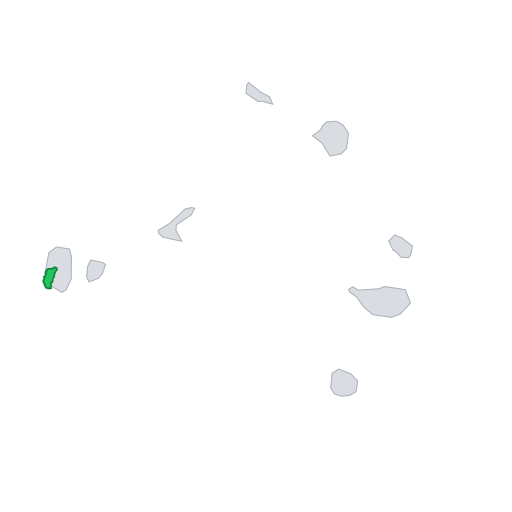 location of Santo Andre, Porto Novo, Cabo Verde, rotated 309°
{"feature_id": "66160863B70751634637165", "entity_name": "Santo Andre", "entity_type": "district", "adm_level": 2, "iso_a3": "CPV", "parent_name": "Cabo Verde", "parent_adm1": "Porto Novo", "projection": "natural_earth1", "projection_center": [-25.312, 17.075], "detail": "fine", "context": "in_parent", "style": "filled", "palette": "green", "viewbox_px": 512, "rotation_deg": 309, "n_neighbors": 0, "source": "geoboundaries", "source_scale": "gbopen_adm2", "svg_char_len": 4655}
<svg xmlns="http://www.w3.org/2000/svg" viewBox="0 0 512 512"><g transform="rotate(309 256 256)"><path d="M323.8,393.1L316.8,405.7L301.3,404.6L293.3,399.5L283.9,383.6L284.2,371.3L287.4,360.7L286.9,351.5L288.2,349.0L293.0,350.6L293.7,356.9L307.9,372.1L313.1,375.0L323.8,393.1ZM121.8,126.9L110.4,129.7L105.6,128.3L104.0,117.4L101.7,110.2L102.2,107.0L128.3,92.9L137.5,95.3L144.0,106.5L139.6,112.7L121.8,126.9ZM385.0,224.3L394.7,226.8L398.4,225.9L404.6,226.4L411.3,233.6L412.6,241.3L409.3,250.9L396.4,258.8L389.0,257.9L380.2,250.7L385.2,236.5L385.0,224.3ZM222.7,413.9L213.6,419.1L207.2,416.8L201.2,411.4L198.2,403.6L200.6,396.9L212.9,388.9L220.2,391.5L224.1,403.8L222.7,413.9ZM248.2,171.4L253.0,175.4L254.6,178.3L247.4,179.8L230.0,174.5L225.4,177.8L220.8,189.1L211.9,171.9L212.5,165.6L214.4,163.8L226.7,168.3L248.2,171.4ZM354.5,375.4L351.2,375.9L346.3,369.7L347.4,361.1L346.8,358.9L351.1,349.7L359.6,350.5L361.8,357.3L362.2,371.3L354.5,375.4ZM154.8,144.5L145.2,147.8L139.3,147.4L130.7,142.5L133.4,137.3L142.6,131.4L149.0,130.2L154.2,140.6L154.8,144.5ZM388.2,166.3L384.5,173.4L379.9,163.0L377.4,160.6L376.2,145.8L382.9,141.3L386.2,141.0L386.3,156.3L388.2,166.3Z" fill="#d9dde1" stroke="#a8b0b8" stroke-width="1"/><path d="M121.4,108.5L121.2,108.3L121.1,108.2L120.8,108.0L120.7,107.9L120.7,107.6L120.8,107.5L120.8,107.4L120.8,107.2L120.7,106.9L120.8,106.8L120.8,106.6L120.7,106.4L120.4,106.3L119.9,106.3L119.5,106.2L119.3,106.2L119.2,106.2L119.0,106.3L118.6,105.8L118.4,105.9L118.0,105.6L117.8,105.3L117.6,105.2L117.4,104.9L117.2,104.8L117.1,104.7L116.9,104.7L116.7,104.9L116.6,104.7L116.4,104.5L116.4,104.1L116.4,103.9L116.0,103.4L115.8,103.1L115.6,102.8L115.4,102.7L115.2,102.6L115.0,102.4L114.8,102.4L114.4,101.9L114.1,101.9L114.0,102.0L113.9,102.0L113.9,101.9L113.8,102.1L113.7,102.2L113.7,102.3L113.5,102.5L113.4,102.5L113.2,102.6L112.9,102.8L112.6,102.9L112.2,102.9L111.9,102.9L111.8,102.7L111.8,102.8L111.8,102.7L111.7,102.8L111.4,102.9L111.5,102.7L111.4,102.8L111.2,102.7L111.2,102.9L111.2,103.0L110.9,103.3L110.6,103.2L110.6,103.3L110.5,103.2L110.4,103.3L110.2,103.4L110.1,103.5L110.0,103.8L109.9,103.8L109.7,104.0L109.4,104.2L109.1,104.5L108.6,104.7L108.1,104.8L107.6,104.7L107.4,104.7L107.1,104.7L106.9,104.7L106.7,104.6L106.8,104.7L106.7,104.6L106.7,104.8L106.6,104.7L106.5,104.8L106.4,104.7L106.4,104.8L106.5,104.8L106.4,104.8L106.3,105.0L106.3,104.9L106.3,105.0L106.1,105.2L105.9,105.2L105.9,105.3L105.5,105.4L105.5,105.2L105.5,105.3L105.3,105.5L105.2,105.5L104.6,105.7L104.4,105.6L104.2,105.6L104.2,105.8L103.9,105.8L103.8,106.0L103.6,106.2L103.3,106.2L103.2,106.2L102.9,106.2L102.8,106.4L102.8,106.5L102.7,106.7L102.4,106.8L102.2,106.7L102.1,106.8L102.2,107.0L102.2,107.3L102.1,107.5L102.1,107.8L101.9,107.9L101.9,108.0L101.7,108.0L101.4,108.0L101.5,108.2L101.5,108.5L101.6,109.1L101.4,109.1L101.3,109.3L101.2,109.3L101.0,109.5L100.9,109.6L100.7,109.7L100.5,109.8L100.4,109.8L100.4,110.0L100.5,110.1L100.3,110.1L100.3,110.3L100.2,110.4L100.2,110.5L100.3,110.6L100.2,110.7L100.2,110.8L99.9,111.1L99.7,111.2L99.7,111.3L99.9,111.4L99.9,111.7L99.9,111.8L99.7,111.9L99.8,111.9L99.6,111.9L99.4,112.1L99.5,112.1L99.4,112.2L99.5,112.2L99.5,112.3L99.7,112.5L99.8,112.8L99.7,112.9L99.6,113.1L99.5,113.3L99.5,113.5L99.6,113.9L99.7,114.0L99.8,114.3L100.0,114.4L100.0,114.6L100.1,114.9L100.3,114.8L100.2,114.9L100.3,115.0L100.2,115.2L100.3,115.3L100.4,115.5L100.5,115.5L100.4,115.5L100.5,115.6L100.5,115.8L100.8,116.0L101.1,116.3L101.1,116.2L101.2,116.3L101.2,116.2L101.3,116.2L101.4,116.3L101.5,116.3L101.9,116.4L102.0,116.5L102.0,116.4L102.1,116.5L102.3,116.4L102.5,116.1L102.9,115.9L103.0,115.9L103.1,116.0L103.3,116.1L103.4,115.9L103.6,115.8L103.7,115.7L104.1,115.5L104.2,115.4L104.3,115.3L104.4,115.2L104.5,115.1L104.8,115.0L104.8,114.9L105.0,114.8L105.0,114.7L105.4,114.4L105.4,114.2L105.6,114.0L105.7,113.8L105.8,113.4L106.1,113.4L106.5,113.5L106.8,113.7L107.2,113.8L107.3,113.9L107.5,114.1L107.7,114.3L107.9,114.1L108.1,114.0L108.3,113.9L108.6,113.8L108.7,113.7L108.9,113.7L109.0,113.5L109.2,113.4L109.3,113.0L109.4,112.9L110.0,112.6L110.4,112.5L110.5,112.5L110.9,112.5L111.1,112.2L111.6,112.3L112.0,112.3L112.3,112.3L112.6,112.3L112.7,112.1L112.9,112.0L113.0,111.9L113.3,111.9L113.5,111.7L113.8,111.6L114.0,111.6L114.3,111.5L114.4,111.4L114.5,111.2L114.9,110.9L115.2,110.8L115.3,110.7L115.5,110.4L115.9,110.4L116.1,110.2L116.3,110.1L116.5,110.2L116.6,110.3L116.7,110.2L116.8,110.1L117.2,110.1L117.3,110.2L117.8,110.0L118.0,110.0L118.3,110.0L118.9,110.0L119.1,110.0L119.3,110.1L119.5,110.1L119.8,110.1L120.1,109.8L120.5,109.7L120.7,109.2L120.8,109.0L121.1,108.7L121.4,108.6L121.4,108.5Z" fill="#22c55e" stroke="#15803d" stroke-width="1.5"/></g></svg>